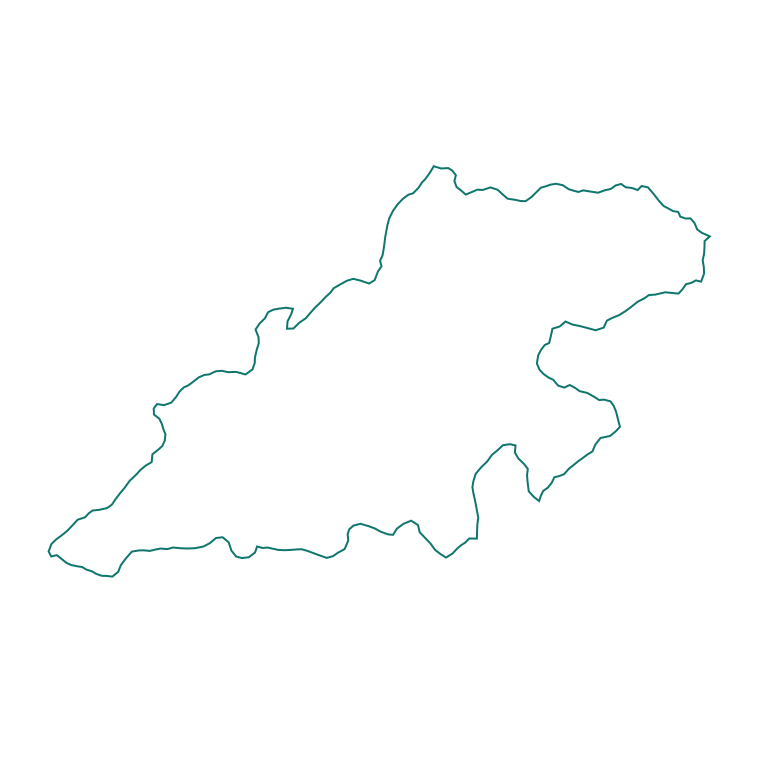 outline of Santa Rita de Caldas, Minas Gerais, Brazil, rotated 195°
{"feature_id": "56859067B49411657296568", "entity_name": "Santa Rita de Caldas", "entity_type": "district", "adm_level": 2, "iso_a3": "BRA", "parent_name": "Brazil", "parent_adm1": "Minas Gerais", "projection": "mercator", "projection_center": [-46.273, -22.019], "detail": "fine", "context": "isolated", "style": "outline", "palette": "teal", "viewbox_px": 768, "rotation_deg": 195, "n_neighbors": 0, "source": "geoboundaries", "source_scale": "gbopen_adm2", "svg_char_len": 4114}
<svg xmlns="http://www.w3.org/2000/svg" viewBox="0 0 768 768"><g transform="rotate(195 384 384)"><path d="M107.5,610.9L116.2,612.3L121.4,614.3L125.7,619.8L130.8,623.3L135.5,621.9L141.1,622.3L144.4,626.4L149.6,625.8L155.0,627.2L159.9,628.3L165.7,632.0L172.3,637.0L180.0,642.3L186.4,641.9L189.2,637.0L195.3,637.5L201.5,636.6L206.7,638.6L211.6,635.8L215.4,631.1L220.8,628.3L226.7,624.2L234.4,623.3L241.6,622.6L246.0,619.8L251.1,619.8L256.1,620.0L262.7,622.3L269.7,621.9L274.5,619.8L278.6,617.0L283.3,614.2L286.0,609.5L289.9,602.8L294.5,597.3L299.2,596.1L304.6,595.9L312.6,595.0L318.7,598.0L324.6,601.1L332.1,601.4L338.8,597.0L344.1,595.9L348.8,592.2L354.1,588.1L359.6,590.9L364.9,593.1L368.5,598.2L368.6,604.2L373.2,607.8L377.8,609.2L384.5,607.0L392.3,607.2L394.5,599.5L397.1,592.8L399.5,588.4L401.5,582.3L405.3,575.7L409.4,573.2L413.8,567.6L417.4,561.0L420.2,553.4L421.8,545.4L421.8,537.6L421.2,531.0L420.8,525.6L419.9,519.6L419.2,513.7L418.7,507.7L419.7,502.1L416.9,497.1L419.0,491.0L419.9,481.9L424.4,477.2L433.3,477.8L441.0,477.6L446.6,474.1L451.8,469.1L457.3,463.6L459.6,458.1L462.7,453.3L466.3,446.6L470.4,439.9L473.4,433.9L476.6,427.2L481.6,421.4L485.8,414.2L492.0,412.3L493.4,419.5L491.7,427.3L491.4,433.1L498.4,432.3L504.5,429.8L510.1,427.2L514.5,423.4L516.1,416.5L519.7,410.5L522.2,403.4L517.3,396.7L515.5,390.9L515.8,384.8L515.5,376.0L514.3,370.9L514.8,364.1L520.2,357.4L530.2,357.4L537.4,355.1L543.9,354.8L549.8,352.7L555.4,348.0L559.8,346.3L564.7,342.4L568.8,336.9L572.6,332.1L576.5,328.9L579.6,323.6L581.4,317.8L584.7,310.9L591.1,306.6L598.0,305.9L600.1,300.8L598.3,295.0L591.9,292.2L588.2,287.9L585.2,282.9L582.1,278.9L581.1,272.6L582.1,266.8L584.9,262.3L589.5,256.2L588.2,248.4L592.9,243.7L597.0,238.0L599.8,232.5L604.6,224.7L607.6,216.8L611.0,209.4L613.8,202.5L615.6,197.0L619.4,192.5L626.8,188.6L632.7,186.4L635.8,182.6L638.2,177.9L644.8,173.6L648.2,167.1L651.8,160.4L656.6,153.8L660.5,149.0L663.8,143.4L664.6,135.4L660.8,131.3L655.8,134.0L650.2,131.6L644.6,129.1L639.4,128.2L633.5,128.5L628.1,129.1L623.5,127.7L617.6,127.5L612.7,126.1L606.9,125.7L602.3,126.8L596.5,127.7L592.1,133.8L591.3,140.9L588.2,148.7L584.2,156.8L577.7,159.8L572.9,161.2L567.2,162.1L561.6,165.1L557.0,167.3L550.6,168.4L545.4,171.5L538.5,172.6L531.0,174.3L524.0,176.5L516.3,180.3L510.9,185.3L506.5,191.7L500.2,194.2L493.0,190.8L488.3,183.6L482.2,179.1L476.3,179.1L469.8,181.6L465.0,187.8L464.5,194.2L458.8,194.2L454.1,195.9L448.9,196.1L443.1,196.4L437.1,197.7L430.0,200.0L425.3,201.7L420.7,203.1L415.1,203.0L403.3,201.9L394.3,201.2L388.6,204.6L385.1,208.8L379.3,214.4L378.0,223.5L380.3,229.7L379.9,234.8L376.8,239.4L370.4,242.9L361.9,242.7L355.5,242.1L349.3,240.5L341.1,239.8L336.2,240.7L334.1,247.6L329.0,254.0L322.4,259.0L314.6,256.5L311.2,250.1L303.5,245.4L297.6,241.8L291.9,237.1L285.3,234.3L279.2,232.4L274.0,237.9L270.9,243.7L267.9,248.1L264.5,251.8L261.7,256.8L254.3,258.7L256.0,265.9L257.6,273.1L258.3,279.2L260.6,284.0L263.5,290.0L266.5,296.2L269.4,301.7L271.9,307.2L272.5,313.0L272.2,321.0L268.6,328.6L264.2,336.0L261.4,343.5L257.6,348.8L253.2,355.7L246.6,358.5L241.1,358.7L239.8,351.6L234.9,346.8L228.0,343.0L223.1,339.2L222.3,333.2L220.0,326.6L216.4,317.8L209.8,313.6L203.9,311.1L203.6,316.4L202.5,322.0L198.9,326.3L196.4,332.1L195.3,338.0L191.0,340.4L186.7,343.5L183.6,349.8L179.7,355.1L176.4,359.7L172.8,364.0L169.4,368.4L165.2,372.8L164.2,380.1L160.9,387.9L152.2,392.3L148.0,398.1L145.0,403.7L148.5,409.8L152.6,417.2L156.2,422.0L160.6,425.8L167.2,425.9L172.0,424.2L177.4,425.9L185.4,428.0L193.1,427.7L198.7,429.8L204.4,431.1L208.9,427.2L215.4,427.5L221.6,431.9L226.7,432.8L232.6,435.0L237.4,438.0L241.6,443.3L242.5,451.4L241.1,457.8L238.8,463.3L235.1,466.3L235.2,472.2L235.6,481.0L229.2,485.0L224.9,491.3L217.2,490.2L209.5,490.7L200.2,490.7L193.5,490.7L186.4,495.3L185.1,502.9L181.0,506.6L174.8,511.3L169.7,516.8L165.0,522.7L160.1,529.3L154.7,534.1L151.1,538.5L145.0,540.6L136.0,545.4L127.8,546.7L122.9,547.6L120.3,552.6L118.0,558.7L113.6,561.0L109.5,564.8L104.2,564.9L103.4,573.6L105.5,580.1L108.2,585.9L108.5,592.5L109.8,598.9L111.3,605.1L107.5,610.9Z" fill="none" stroke="#0f766e" stroke-width="2"/></g></svg>